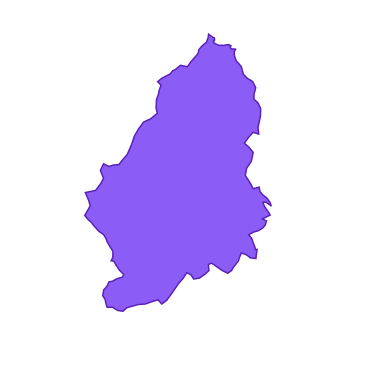 outline of Koili, Paphos, Cyprus, rotated 124°
{"feature_id": "46923920B65827682007345", "entity_name": "Koili", "entity_type": "district", "adm_level": 2, "iso_a3": "CYP", "parent_name": "Cyprus", "parent_adm1": "Paphos", "projection": "mercator", "projection_center": [32.445, 34.867], "detail": "fine", "context": "isolated", "style": "filled", "palette": "violet", "viewbox_px": 384, "rotation_deg": 124, "n_neighbors": 0, "source": "geoboundaries", "source_scale": "gbopen_adm2", "svg_char_len": 2204}
<svg xmlns="http://www.w3.org/2000/svg" viewBox="0 0 384 384"><g transform="rotate(124 192 192)"><path d="M49.1,241.4L49.0,242.8L50.0,245.1L52.6,247.4L54.0,249.8L55.3,251.6L55.7,253.1L56.0,255.8L56.1,257.6L54.9,258.5L54.1,258.1L53.9,258.8L52.9,258.6L51.7,259.7L52.1,261.3L51.9,266.5L54.9,265.0L59.7,263.8L65.5,265.4L70.0,265.9L73.8,264.4L85.3,265.8L90.7,265.8L93.4,272.4L99.9,274.3L102.3,275.8L106.3,276.1L111.1,278.8L114.5,280.6L119.7,282.2L120.8,277.4L126.0,276.1L129.5,274.6L135.5,273.0L142.2,268.9L146.2,264.8L154.5,267.2L160.9,271.2L169.5,271.6L178.2,271.0L184.9,269.0L190.9,267.8L197.1,266.7L205.8,267.7L209.8,267.8L214.0,272.6L217.3,275.1L218.1,281.1L219.2,280.9L225.4,280.0L230.1,273.0L235.9,272.4L244.6,272.8L252.1,280.1L256.6,273.2L260.2,268.8L263.1,268.4L271.4,267.8L272.9,263.0L273.4,259.0L275.0,254.0L276.7,246.9L276.7,241.5L278.7,237.3L280.6,234.7L283.0,229.9L285.4,224.4L290.6,221.0L294.2,220.6L293.1,217.9L295.1,214.1L297.4,208.5L298.5,202.6L301.3,201.9L305.7,205.7L310.5,208.1L312.9,210.6L316.5,209.9L319.1,209.9L322.5,210.5L326.8,208.5L327.9,208.0L329.7,203.9L332.9,200.7L335.0,197.8L332.0,193.5L331.8,187.5L329.5,182.6L324.2,181.2L315.5,173.8L310.9,168.0L305.3,163.9L300.4,159.9L301.8,154.4L296.0,152.4L288.0,152.1L275.5,152.0L268.8,151.1L261.7,151.2L261.3,146.5L263.2,141.9L259.2,137.7L252.7,135.2L247.7,134.0L242.8,138.0L240.0,135.8L240.2,122.8L239.4,117.0L235.1,115.3L230.7,115.5L223.0,115.0L220.4,115.9L214.9,117.0L213.6,111.8L214.0,106.9L211.4,101.8L208.0,103.6L203.2,105.9L204.3,107.1L202.4,109.1L200.2,112.5L197.0,116.5L195.8,121.1L191.1,118.8L186.9,115.3L182.2,113.2L178.5,112.8L174.3,114.1L175.0,118.5L172.5,117.2L167.4,114.3L165.3,119.0L163.5,123.7L161.0,127.4L159.2,125.4L159.2,119.8L159.4,118.3L157.0,121.6L155.1,126.6L154.7,132.4L153.5,136.0L150.4,139.1L155.1,143.1L152.1,148.6L150.2,152.9L148.6,157.0L141.7,160.0L133.4,160.0L125.0,163.4L123.0,169.9L122.3,175.9L116.1,175.7L108.4,174.8L106.7,169.1L101.5,173.4L90.8,177.7L84.3,181.8L81.2,187.2L80.4,192.6L76.4,195.2L69.9,197.5L66.5,203.6L66.8,209.7L65.7,215.2L60.4,221.3L58.5,228.7L55.4,233.0L52.0,235.5L49.3,235.6L49.3,236.0L51.6,239.8L50.1,241.6L49.1,241.4Z" fill="#8b5cf6" stroke="#5b21b6" stroke-width="1.5"/></g></svg>